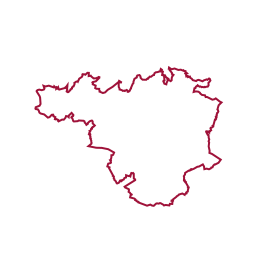 Valle de Guadalupe, Jalisco, Mexico (Albers equal-area conic projection), rotated 15°
{"feature_id": "50627088B71389499937182", "entity_name": "Valle de Guadalupe", "entity_type": "district", "adm_level": 2, "iso_a3": "MEX", "parent_name": "Mexico", "parent_adm1": "Jalisco", "projection": "albers", "projection_center": [-102.657, 21.043], "detail": "fine", "context": "isolated", "style": "outline", "palette": "rose", "viewbox_px": 256, "rotation_deg": 15, "n_neighbors": 0, "source": "geoboundaries", "source_scale": "gbopen_adm2", "svg_char_len": 5782}
<svg xmlns="http://www.w3.org/2000/svg" viewBox="0 0 256 256"><g transform="rotate(15 128 128)"><path d="M191.4,60.7L188.9,62.4L187.9,63.6L183.9,63.2L182.6,63.8L181.7,65.0L179.5,65.0L178.2,65.0L176.8,63.9L175.3,63.5L174.5,62.3L172.8,63.3L172.5,62.7L171.4,63.0L171.6,62.2L170.6,62.3L170.3,61.1L169.1,60.5L169.2,60.1L170.5,59.7L168.6,58.6L168.6,58.2L167.4,58.4L166.7,57.9L166.4,58.3L163.9,58.0L161.6,58.9L157.6,58.5L154.8,60.0L152.0,59.0L152.1,60.2L153.1,60.0L153.5,60.7L153.3,61.3L156.2,63.4L156.4,64.4L158.2,64.9L157.9,65.8L157.4,66.1L157.3,68.4L157.8,70.6L157.1,71.7L154.9,71.0L154.4,70.7L154.4,70.1L152.7,69.5L154.1,71.9L153.6,74.3L153.7,75.9L151.7,75.8L150.0,73.7L150.1,73.2L150.7,73.1L151.0,72.7L149.7,69.4L150.3,69.3L149.9,68.5L150.6,68.1L150.0,67.5L149.3,67.8L148.0,67.3L148.6,68.1L147.2,68.0L147.1,64.5L145.6,64.2L145.7,63.0L144.4,62.5L144.3,65.2L143.2,65.5L142.4,66.2L140.3,67.1L139.4,68.3L139.4,70.1L138.6,70.4L136.9,72.6L135.6,72.8L135.3,73.9L134.6,74.3L134.5,75.4L133.7,75.6L133.1,76.7L128.9,77.7L129.1,77.6L128.3,76.9L127.2,76.3L126.6,74.8L125.4,73.9L123.5,74.8L123.1,75.8L123.4,76.9L121.5,78.8L121.3,81.9L121.6,83.4L121.1,84.2L120.5,88.5L120.7,89.1L120.3,89.6L120.0,91.7L119.1,92.9L118.4,93.1L118.1,92.1L116.9,91.6L116.2,92.4L115.5,92.5L115.3,93.1L114.1,93.1L113.4,93.5L112.2,93.0L109.9,93.0L109.7,92.2L108.4,90.7L107.3,86.8L107.6,86.2L110.2,85.7L107.2,84.8L107.1,85.8L107.5,86.0L106.7,86.4L102.5,92.2L98.5,96.4L96.7,99.5L94.7,100.7L91.1,100.2L91.1,99.4L89.9,98.2L89.9,97.7L87.3,98.3L86.0,98.0L85.8,95.4L82.7,94.9L82.7,94.2L81.8,93.3L82.0,92.8L84.9,91.2L87.1,87.3L86.4,87.0L88.0,86.3L86.4,86.3L85.3,87.9L82.0,89.0L78.9,87.6L78.5,87.1L76.6,88.0L75.9,84.9L74.5,85.2L73.0,87.6L72.1,87.4L70.2,87.8L70.1,88.4L70.5,89.1L70.2,90.6L68.1,93.0L67.6,96.2L67.2,95.9L65.8,96.8L64.5,98.4L65.0,99.3L64.9,100.6L64.5,101.3L64.7,101.9L63.7,102.8L63.4,103.4L63.7,104.4L62.5,105.5L62.5,106.6L61.9,107.0L61.2,108.7L60.4,109.0L59.3,108.6L59.3,106.4L59.1,105.9L58.4,105.7L58.8,104.3L58.4,102.2L57.8,103.8L56.4,105.9L51.6,108.7L50.0,108.3L50.5,107.6L50.2,107.1L50.1,107.7L49.0,108.1L48.5,108.8L48.3,108.2L48.9,107.0L48.5,106.9L48.1,107.4L47.2,107.5L45.9,106.8L45.8,108.0L40.6,107.6L37.4,109.3L35.5,109.1L37.1,111.6L36.8,112.6L34.9,113.8L32.3,113.9L30.8,114.8L30.2,115.7L30.3,116.3L34.4,120.1L35.2,121.3L37.3,127.4L36.8,129.4L33.5,131.8L33.6,133.3L34.1,133.6L36.0,133.3L37.3,134.3L38.4,136.0L39.7,136.6L43.6,136.6L47.9,138.7L49.4,137.8L50.9,135.0L52.2,134.5L52.8,135.2L52.7,135.7L53.0,136.0L55.0,136.3L55.1,138.4L56.0,138.4L56.4,137.9L58.4,138.2L59.0,138.6L58.7,139.3L59.2,139.6L62.2,136.9L63.8,136.6L64.9,134.4L65.1,132.5L66.9,132.4L67.9,132.9L67.6,131.3L69.6,128.0L71.9,129.6L71.9,130.6L70.7,131.6L70.6,132.6L71.7,133.0L73.3,135.4L74.0,135.7L77.7,134.4L78.4,133.5L83.3,132.5L84.3,132.9L84.8,134.0L86.0,134.6L87.0,135.7L88.1,134.4L87.9,133.6L89.2,131.5L90.8,130.3L91.5,130.2L92.2,130.9L92.7,132.7L95.3,134.2L94.3,135.8L93.7,136.0L93.5,136.8L93.1,137.0L93.4,138.0L92.6,138.3L92.5,140.3L91.7,140.8L92.2,141.3L91.9,142.5L92.6,143.2L92.1,143.6L92.3,143.8L92.1,144.3L93.4,144.5L93.4,145.6L94.2,146.4L94.0,147.5L95.0,148.1L94.9,148.6L95.9,149.9L96.1,151.0L96.7,151.8L96.7,152.7L94.5,155.8L102.4,155.3L107.8,154.0L114.4,153.6L120.9,155.3L120.6,157.7L120.0,158.3L119.0,158.6L119.6,161.0L119.5,162.9L119.8,163.5L119.1,163.8L120.1,164.9L120.5,165.8L120.3,166.3L118.1,167.6L118.0,170.5L120.3,170.8L120.1,171.7L125.7,177.6L125.7,178.2L126.9,178.5L127.3,180.5L128.1,180.9L128.3,181.7L129.9,182.5L131.3,184.2L131.8,184.4L133.3,183.3L133.9,180.8L134.5,180.5L135.2,181.2L135.9,180.3L135.7,179.9L137.2,178.9L137.5,177.2L138.9,176.3L138.4,174.1L140.9,174.3L141.9,174.1L142.1,173.6L142.8,174.0L142.8,170.7L143.3,170.4L144.6,170.7L144.8,170.3L145.4,170.7L146.7,175.3L148.2,175.8L148.4,176.5L139.9,185.6L140.6,186.2L144.6,186.9L145.0,187.6L145.1,189.5L146.5,190.0L147.8,191.1L148.5,191.1L148.8,191.4L147.9,192.3L148.0,194.5L152.4,194.5L153.5,195.0L153.5,195.7L154.9,195.8L155.2,196.5L157.1,196.6L157.2,197.2L166.5,198.1L169.4,196.2L171.3,196.7L173.0,196.5L174.7,193.8L175.5,193.3L177.3,193.1L178.2,192.3L179.0,192.2L182.1,193.0L182.8,193.5L184.3,192.6L188.0,192.1L188.1,190.4L190.4,189.9L189.9,186.8L189.8,187.1L188.9,187.1L188.9,186.7L190.3,186.4L190.0,185.3L192.6,181.9L192.7,181.4L194.2,179.8L194.4,179.1L197.5,177.2L200.0,177.9L200.0,177.2L201.4,176.1L200.9,175.5L201.1,174.9L202.2,173.9L201.9,172.6L202.0,169.8L201.2,169.9L200.8,168.6L198.0,165.8L198.0,165.2L196.9,164.7L196.3,163.8L195.9,164.0L196.0,164.5L195.6,164.2L195.0,161.2L194.4,160.1L195.1,158.1L194.8,156.6L197.6,153.5L198.5,153.3L198.5,152.9L199.7,152.2L199.4,151.6L199.7,151.3L200.7,151.4L202.2,150.3L205.0,147.5L206.6,146.8L209.7,143.8L211.4,145.5L212.4,148.0L214.5,146.9L216.9,146.9L218.5,145.5L218.7,144.6L219.8,144.1L220.1,142.3L221.0,140.8L221.5,140.8L224.4,138.2L225.8,134.6L215.8,131.3L213.1,131.0L212.7,128.8L210.7,124.9L210.1,120.9L209.3,120.0L209.4,117.9L208.5,116.6L207.6,113.9L206.8,114.0L204.4,111.4L204.5,110.9L206.3,110.6L206.7,111.0L206.7,111.4L207.4,111.5L207.1,110.9L207.7,110.7L208.0,110.2L207.7,109.8L208.9,108.7L207.7,106.9L207.9,106.3L208.7,106.0L209.9,104.6L209.2,103.9L209.8,103.4L209.8,97.4L210.4,97.4L210.8,96.3L210.0,94.6L210.7,94.3L210.2,93.1L210.5,92.5L210.1,91.9L210.4,90.8L210.2,90.5L210.7,89.9L211.0,88.7L210.1,87.2L209.6,87.0L209.6,84.4L209.7,82.5L211.7,79.1L209.8,78.7L205.1,76.7L204.1,77.8L202.2,78.8L196.4,77.6L195.0,78.0L193.9,76.5L190.9,76.9L188.7,75.9L188.3,75.3L186.6,74.7L184.0,75.1L182.1,76.2L181.9,72.4L182.8,72.0L182.8,70.8L183.4,69.8L183.9,69.7L184.2,68.7L186.4,69.6L187.2,69.1L188.6,69.5L189.1,69.1L190.8,69.0L191.2,68.5L191.9,68.6L192.9,67.9L194.3,67.4L194.8,66.0L194.0,63.5L194.9,62.0L195.3,60.8L194.3,59.4L193.5,59.2L192.3,60.9L191.4,60.7Z" fill="none" stroke="#9f1239" stroke-width="2"/></g></svg>